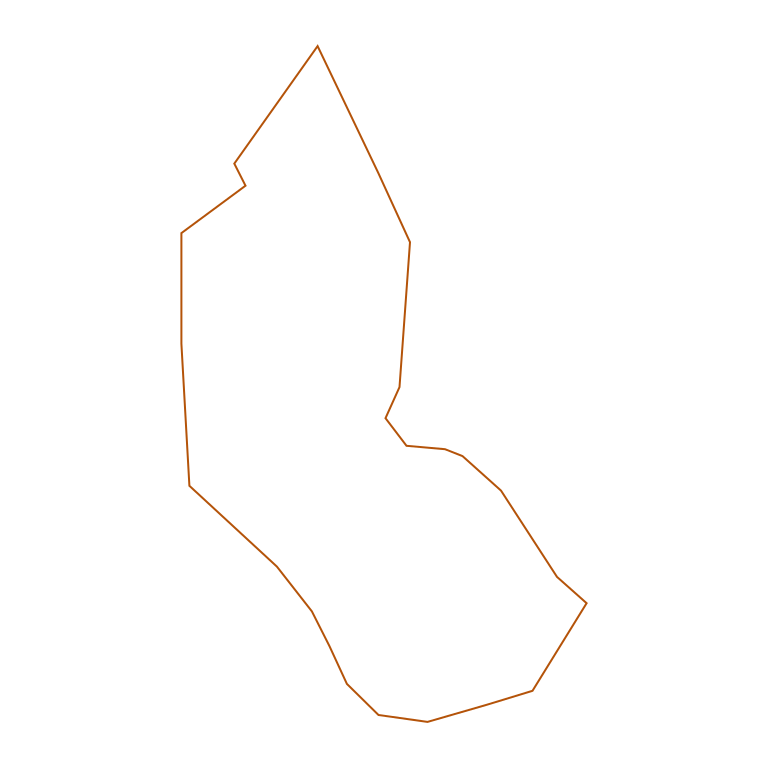 Gangbuk-gu, Seoul, South Korea (Natural Earth projection)
{"feature_id": "91817680B92844029998138", "entity_name": "Gangbuk-gu", "entity_type": "district", "adm_level": 2, "iso_a3": "KOR", "parent_name": "South Korea", "parent_adm1": "Seoul", "projection": "natural_earth1", "projection_center": [127.017, 37.641], "detail": "fine", "context": "isolated", "style": "outline", "palette": "amber", "viewbox_px": 768, "rotation_deg": 0, "n_neighbors": 0, "source": "geoboundaries", "source_scale": "gbopen_adm2", "svg_char_len": 426}
<svg xmlns="http://www.w3.org/2000/svg" viewBox="0 0 768 768"><path d="M189.4,485.8L276.9,566.6L311.9,611.4L329.4,646.0L346.9,683.9L378.5,715.0L427.5,721.9L487.0,704.7L532.5,690.8L586.6,603.2L557.0,576.9L501.0,490.6L462.5,456.1L445.0,449.2L406.5,445.8L385.5,418.2L399.5,387.1L410.0,242.2L378.4,173.2L317.6,46.1L234.3,163.6L245.5,185.7L181.4,233.1L181.4,343.7L189.4,485.8Z" fill="none" stroke="#b45309" stroke-width="2"/></svg>